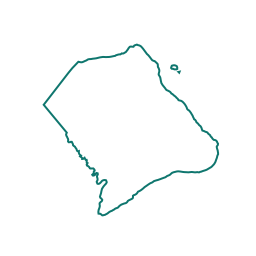 Soure, Pará, Brazil, rotated 51°
{"feature_id": "56859067B4470404603658", "entity_name": "Soure", "entity_type": "district", "adm_level": 2, "iso_a3": "BRA", "parent_name": "Brazil", "parent_adm1": "Pará", "projection": "mercator", "projection_center": [-48.627, -0.457], "detail": "fine", "context": "isolated", "style": "outline", "palette": "teal", "viewbox_px": 256, "rotation_deg": 51, "n_neighbors": 0, "source": "geoboundaries", "source_scale": "gbopen_adm2", "svg_char_len": 4926}
<svg xmlns="http://www.w3.org/2000/svg" viewBox="0 0 256 256"><g transform="rotate(51 128 128)"><path d="M56.9,178.9L67.4,178.8L93.1,178.5L93.6,179.5L94.2,180.3L95.4,180.8L96.4,180.9L97.3,181.2L98.5,181.4L99.4,181.8L100.8,183.1L101.8,183.0L102.6,181.9L102.8,181.0L103.4,180.4L104.2,180.6L105.2,180.8L106.0,181.0L106.7,181.5L107.5,181.5L108.4,181.2L109.2,181.0L110.2,181.2L110.9,181.2L112.1,181.3L112.9,181.7L113.9,181.9L114.7,181.5L115.0,180.7L115.7,181.3L116.3,181.8L117.4,182.2L118.5,182.3L119.2,182.0L120.0,181.9L120.0,183.1L121.0,182.8L121.9,182.6L122.6,182.5L123.2,183.1L123.7,182.5L123.8,181.5L123.8,180.5L124.9,180.8L126.2,180.9L126.7,180.2L127.4,180.5L128.2,181.4L129.0,181.9L129.8,181.5L130.2,182.2L130.5,183.2L131.4,183.5L132.3,183.1L133.4,182.8L134.4,182.8L135.3,183.0L136.0,182.5L137.6,180.4L138.6,180.3L139.6,180.4L140.2,180.8L140.2,181.8L140.9,182.6L141.9,183.1L141.7,184.3L141.8,185.2L142.7,185.3L143.3,184.7L143.6,183.8L143.6,182.6L143.1,182.0L143.1,180.8L144.1,180.1L145.0,180.6L145.9,182.4L146.6,182.9L147.9,183.4L148.7,183.9L149.4,184.6L149.7,185.4L150.1,186.2L151.2,186.6L152.1,186.8L153.0,185.9L153.2,185.0L153.2,184.2L153.1,183.1L152.8,181.7L152.8,180.9L153.2,179.7L153.8,178.8L154.7,178.0L156.0,178.3L156.8,178.7L157.4,180.0L157.6,181.6L158.0,183.8L158.9,186.5L160.5,188.6L161.7,190.0L163.0,192.0L163.8,193.1L165.0,193.4L166.1,193.1L167.6,193.2L168.1,193.8L168.4,194.7L168.3,195.8L168.6,197.4L169.3,198.0L170.5,198.7L171.3,199.4L172.1,200.5L173.2,202.4L174.6,203.9L176.0,204.8L177.4,203.4L178.5,203.2L179.6,203.0L180.1,202.4L180.5,201.5L181.0,200.5L181.2,199.3L181.4,198.4L181.5,197.5L181.5,196.7L181.5,195.4L181.8,193.8L182.2,192.8L182.3,191.7L182.6,190.3L182.6,189.1L182.7,188.3L183.2,187.0L183.5,185.9L183.4,185.1L183.2,184.0L183.2,182.9L183.3,182.1L183.3,181.3L183.6,180.6L184.0,179.3L184.4,178.2L185.0,177.0L185.1,175.9L185.0,175.1L184.6,174.1L184.7,172.9L185.1,171.3L185.4,170.0L185.6,169.0L185.4,168.2L184.7,167.5L183.8,166.8L183.8,165.9L184.2,164.8L184.4,164.0L184.5,163.0L184.4,162.1L184.1,161.2L183.8,160.3L184.2,158.8L184.4,157.6L184.5,156.4L184.5,155.1L184.5,153.9L184.4,152.8L184.4,151.9L184.5,151.0L184.6,149.6L184.7,148.0L184.9,145.9L185.1,144.9L185.5,143.7L185.6,142.7L185.6,141.4L185.9,140.5L186.3,139.5L186.7,138.5L187.2,137.5L187.5,136.6L187.8,135.7L188.2,134.7L188.4,133.9L188.7,133.1L189.3,131.3L189.7,130.3L189.9,129.0L189.9,127.9L190.4,126.3L190.7,125.2L190.7,124.3L190.6,123.1L190.6,121.9L191.1,120.4L191.9,118.7L192.5,117.4L193.3,116.2L194.7,114.8L196.6,113.1L197.8,111.9L199.5,110.0L200.5,108.9L202.1,106.4L203.0,105.4L204.1,104.4L204.8,103.6L205.3,102.9L205.8,102.0L206.6,101.3L207.2,100.7L207.5,99.5L208.0,98.6L208.3,97.6L208.7,96.5L209.1,95.5L209.5,94.5L209.8,93.6L210.1,92.4L210.2,91.4L210.4,90.2L210.5,89.3L210.7,88.4L210.7,87.7L210.7,86.8L210.5,85.7L210.4,84.6L210.1,83.3L209.7,82.3L209.4,81.5L208.8,80.5L208.2,79.6L207.7,78.7L207.1,77.7L206.5,76.9L206.0,76.3L205.5,75.5L205.1,74.5L203.9,73.6L203.0,73.1L201.8,72.4L200.7,72.0L200.0,71.7L199.1,71.3L198.2,70.6L198.0,69.8L197.7,68.8L196.8,67.9L195.6,67.8L194.5,67.4L193.6,67.4L192.7,67.6L191.8,68.2L191.2,68.8L190.0,69.0L188.9,69.0L188.1,68.8L187.4,69.0L186.2,69.0L185.4,68.7L184.3,68.9L183.1,69.2L182.4,69.2L181.6,69.1L180.6,69.5L180.0,70.0L179.2,70.4L178.1,70.9L176.8,71.8L175.8,71.5L175.1,71.2L173.8,70.7L172.2,70.5L171.0,70.8L170.1,70.9L169.2,70.8L168.0,70.9L166.6,71.2L165.5,70.8L163.9,70.7L162.8,71.1L162.0,70.8L161.0,70.6L160.1,70.4L159.0,70.0L157.8,69.9L156.0,69.6L154.4,69.5L153.0,69.5L151.4,70.0L150.2,70.0L149.1,69.5L147.7,69.2L146.3,69.0L145.3,68.9L144.1,68.9L142.7,69.0L141.8,69.1L140.9,69.4L140.2,69.7L139.3,70.4L138.2,71.2L137.4,71.1L136.5,71.0L135.5,71.2L134.6,71.3L133.7,71.3L132.8,71.5L131.7,71.8L130.2,72.0L129.4,72.2L128.5,72.6L127.2,72.5L126.2,72.6L124.9,73.1L123.6,73.7L122.7,74.2L121.6,74.2L120.4,74.1L118.9,74.1L116.4,74.1L115.1,73.9L114.1,73.8L111.7,72.6L110.1,71.7L108.9,71.1L107.3,70.8L105.9,70.6L105.1,69.9L103.9,68.3L103.2,67.6L102.4,67.1L100.7,66.5L99.7,66.4L98.7,65.9L97.9,65.2L96.9,64.7L95.3,64.8L94.1,65.0L92.8,65.2L92.0,65.8L90.6,66.5L88.2,66.5L87.4,66.4L84.3,66.4L82.4,66.7L75.6,66.4L73.3,66.5L72.5,66.6L71.7,66.9L70.7,67.4L69.9,68.1L68.8,68.6L67.9,71.0L68.0,71.8L68.3,72.6L67.8,73.2L66.5,74.5L66.0,75.6L66.2,76.5L66.4,77.6L66.8,78.5L67.6,81.8L67.2,84.6L66.7,85.4L66.1,85.9L66.1,86.7L65.9,87.8L65.3,88.4L64.7,89.6L63.9,91.6L63.9,92.4L62.0,96.1L61.1,97.7L59.4,100.0L57.8,101.9L57.1,102.6L55.5,105.3L53.8,108.9L52.7,110.7L52.1,111.6L51.7,112.3L51.0,113.6L50.5,114.2L49.9,115.1L49.5,116.0L49.3,117.8L48.9,119.1L48.7,119.9L48.2,121.8L47.8,122.6L47.0,123.5L45.3,124.9L46.4,133.5L47.6,139.4L53.8,165.7L56.9,178.9ZM109.5,56.7L110.3,55.8L111.0,55.4L111.8,54.9L112.3,54.2L112.9,53.6L113.1,52.6L111.9,51.6L110.7,51.2L109.4,51.7L108.4,52.5L107.7,53.5L107.2,54.8L107.8,55.8L108.4,56.7L109.5,56.7ZM117.2,53.4L116.7,52.5L116.2,53.5L117.2,53.4Z" fill="none" stroke="#0f766e" stroke-width="2"/></g></svg>